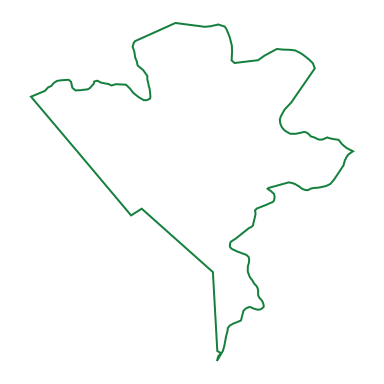 the district of Nola, Sangha-Mbaéré, Central African Republic
{"feature_id": "33826404B1885733015759", "entity_name": "Nola", "entity_type": "district", "adm_level": 2, "iso_a3": "CAF", "parent_name": "Central African Republic", "parent_adm1": "Sangha-Mbaéré", "projection": "mercator", "projection_center": [16.137, 3.336], "detail": "fine", "context": "isolated", "style": "outline", "palette": "green", "viewbox_px": 384, "rotation_deg": 0, "n_neighbors": 0, "source": "geoboundaries", "source_scale": "gbopen_adm2", "svg_char_len": 2981}
<svg xmlns="http://www.w3.org/2000/svg" viewBox="0 0 384 384"><path d="M276.8,49.0L264.4,55.7L258.1,60.2L242.8,62.0L234.6,63.0L231.6,60.4L232.1,51.2L231.8,45.4L229.6,36.8L226.5,29.3L224.8,26.6L218.3,24.5L210.3,26.3L204.5,26.8L199.5,26.1L175.4,23.0L135.1,41.1L133.9,42.6L132.6,46.6L134.4,51.9L135.1,57.2L136.9,61.7L137.2,63.5L137.6,65.5L143.1,70.0L147.3,75.9L147.3,79.4L148.1,82.4L148.8,86.2L149.5,88.3L150.1,92.5L150.4,96.8L150.1,98.5L147.1,100.1L143.9,100.2L139.8,97.9L136.8,95.7L133.1,92.7L130.0,88.6L126.0,84.7L115.8,84.2L111.5,85.5L108.4,84.0L103.7,83.2L100.4,82.4L97.5,80.7L94.2,81.5L93.6,84.0L89.6,88.3L87.4,89.4L83.4,89.8L80.5,90.2L77.8,90.3L75.4,90.4L72.3,87.7L71.1,82.0L68.9,79.9L66.9,79.9L61.0,80.3L57.0,80.9L53.5,83.2L51.4,85.9L48.1,87.4L44.9,90.9L31.0,96.7L37.8,104.7L73.2,146.6L77.8,152.0L84.9,160.5L85.0,160.6L87.2,163.2L131.1,215.4L141.7,208.7L150.8,216.8L212.9,272.1L217.3,351.0L220.5,352.9L220.9,353.1L220.0,354.3L219.1,355.3L218.6,355.9L218.3,356.3L216.9,361.0L222.9,350.9L224.3,345.9L225.5,339.6L226.0,336.5L226.9,333.4L227.5,330.9L227.8,328.1L229.3,326.1L229.9,325.5L233.1,323.7L240.8,320.6L241.0,320.4L243.4,311.0L244.6,309.6L245.7,308.6L247.7,307.6L249.2,307.0L251.0,307.3L252.1,307.9L253.7,308.6L255.8,309.2L257.5,309.7L259.3,309.6L261.1,309.1L262.3,308.2L263.7,306.8L263.7,305.3L263.0,302.9L262.4,301.4L261.5,300.1L260.3,298.8L259.1,297.4L258.3,295.6L258.1,293.8L258.1,292.3L258.2,290.7L257.8,288.9L257.4,287.6L256.4,285.9L255.2,284.7L253.9,283.2L252.5,280.6L249.9,277.2L249.2,275.5L248.6,273.8L247.8,271.8L247.8,268.0L247.9,266.0L248.8,263.3L249.2,260.0L249.0,258.4L248.7,257.1L246.8,255.2L245.3,254.4L243.3,253.8L241.8,253.2L239.5,252.3L237.4,251.6L236.0,250.9L233.9,249.9L232.3,249.2L230.4,247.6L229.9,246.4L230.0,244.0L230.7,241.8L236.0,238.4L248.9,228.1L250.8,227.3L253.0,225.5L253.4,222.9L254.0,221.0L254.4,219.0L255.2,216.0L255.5,213.7L255.3,211.8L255.1,210.2L256.9,208.5L267.6,204.3L269.5,203.3L272.7,202.1L273.9,200.7L274.5,198.4L274.5,196.0L274.0,193.9L272.6,192.7L271.1,191.2L268.8,189.7L267.6,188.7L268.4,188.0L288.7,182.4L291.2,182.8L294.8,183.9L299.0,186.4L302.1,188.8L305.3,190.0L307.8,190.2L311.1,188.5L314.3,187.9L317.1,187.8L320.3,187.3L326.1,186.0L330.3,184.0L334.2,179.4L343.6,165.2L343.7,164.5L344.1,163.1L344.5,161.7L344.8,160.3L345.5,159.3L346.0,158.1L346.6,157.0L347.3,156.0L347.9,154.9L348.6,154.5L349.0,154.2L349.9,153.4L350.9,152.7L351.9,152.0L353.0,151.3L346.7,148.1L343.5,145.5L341.4,143.5L339.0,140.2L338.4,139.8L333.1,139.0L331.2,138.6L328.6,138.0L327.5,137.4L322.2,139.6L319.1,139.6L316.6,138.6L314.3,137.4L310.8,136.4L308.9,134.3L306.9,132.7L304.2,131.9L300.2,132.9L298.1,133.3L295.7,133.8L293.0,133.8L290.0,133.7L286.9,131.9L285.1,130.8L283.4,129.2L281.8,127.1L280.5,124.3L280.0,121.6L279.9,119.2L280.8,116.5L282.6,113.1L284.5,109.7L286.7,107.3L288.7,105.2L291.1,102.7L314.8,68.4L312.9,63.3L308.9,59.4L303.9,55.4L300.9,53.3L295.1,50.4L289.8,49.8L283.2,49.6L276.8,49.0Z" fill="none" stroke="#15803d" stroke-width="2"/></svg>